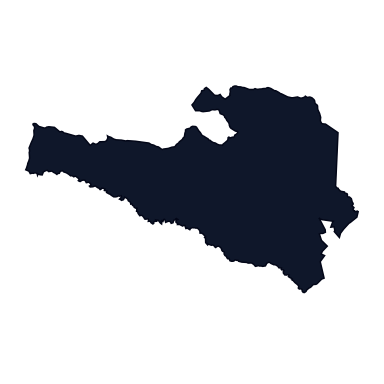 the district of Cassilândia, Mato Grosso do Sul, Brazil, rotated 178°
{"feature_id": "56859067B2617733556804", "entity_name": "Cassilândia", "entity_type": "district", "adm_level": 2, "iso_a3": "BRA", "parent_name": "Brazil", "parent_adm1": "Mato Grosso do Sul", "projection": "mercator", "projection_center": [-52.105, -19.06], "detail": "fine", "context": "isolated", "style": "filled", "palette": "ink", "viewbox_px": 384, "rotation_deg": 178, "n_neighbors": 0, "source": "geoboundaries", "source_scale": "gbopen_adm2", "svg_char_len": 6041}
<svg xmlns="http://www.w3.org/2000/svg" viewBox="0 0 384 384"><g transform="rotate(178 192 192)"><path d="M84.4,87.8L83.1,87.6L81.5,88.7L80.9,89.9L78.6,91.8L77.1,92.5L75.9,93.4L74.9,94.6L73.8,95.3L71.4,95.4L70.2,96.0L65.5,100.4L63.0,101.3L66.3,117.9L61.7,123.8L65.1,125.5L63.8,128.2L58.7,133.2L64.3,139.1L66.2,145.7L64.8,146.1L62.8,146.0L60.1,147.1L60.2,149.6L66.1,161.8L64.2,160.3L62.9,159.8L51.8,157.8L52.5,157.0L54.5,152.0L51.3,152.3L50.6,148.7L51.2,147.5L46.3,141.4L45.0,145.6L41.6,149.8L36.2,155.3L34.9,156.0L28.1,161.1L26.6,166.6L27.6,167.2L28.8,166.7L30.0,166.7L30.2,167.7L31.1,167.6L31.7,168.9L30.7,170.8L32.6,172.6L31.3,174.4L31.6,175.4L32.2,176.3L33.0,179.8L34.8,181.5L36.2,181.6L36.9,182.4L36.7,183.7L37.1,184.9L39.4,185.7L39.6,186.7L43.5,187.6L45.5,189.7L45.8,190.6L46.7,190.8L48.3,192.6L44.0,246.2L56.2,255.2L59.2,255.6L60.2,256.2L61.1,258.3L61.2,259.4L60.8,262.1L61.8,266.2L63.3,269.7L63.5,271.1L63.5,273.6L63.9,274.5L65.9,276.2L66.3,279.0L66.9,280.1L68.9,282.0L70.9,282.8L73.6,282.5L75.4,283.8L76.0,283.0L78.3,282.2L79.5,282.0L80.8,282.2L83.2,283.3L87.7,282.7L89.1,282.7L93.1,283.7L99.2,287.0L100.1,287.2L101.9,288.6L104.8,290.3L105.9,290.3L109.6,292.7L111.9,293.6L113.3,293.6L114.6,292.9L117.4,292.9L118.4,292.6L121.2,292.5L122.4,292.3L123.6,292.4L125.4,293.1L127.0,292.3L130.0,292.4L131.3,292.5L136.0,294.5L138.3,294.8L139.5,295.3L142.5,295.6L144.2,296.4L145.7,296.4L147.4,295.9L148.2,294.6L149.6,294.5L150.4,293.1L150.2,290.8L150.8,288.3L150.5,287.3L155.6,283.6L158.9,286.0L160.5,288.5L162.6,287.6L166.0,287.8L171.9,294.2L174.1,296.0L176.0,294.8L176.3,293.3L178.8,292.8L179.5,290.4L183.2,286.4L185.0,284.2L186.7,281.5L189.0,279.0L185.6,273.1L181.5,273.0L179.6,272.2L178.1,271.9L171.8,272.4L169.2,273.6L166.2,273.3L164.5,273.6L163.0,273.6L162.0,272.7L161.1,269.4L158.0,268.0L157.0,267.0L156.7,265.6L155.6,264.4L154.7,262.4L153.2,260.4L152.5,259.0L152.3,257.1L151.7,255.4L150.9,254.4L147.0,251.7L145.7,251.1L144.2,250.8L144.3,249.5L145.9,248.0L146.9,247.7L148.4,245.1L149.6,245.4L152.2,244.7L153.2,245.6L154.0,245.1L154.3,243.0L154.8,242.2L157.6,239.9L159.3,238.7L159.9,237.6L161.3,238.0L162.6,237.9L164.8,238.7L166.9,240.1L169.1,240.7L171.0,241.9L171.9,242.9L173.3,243.4L174.3,244.8L175.2,245.2L178.2,247.3L179.5,247.9L180.3,248.7L181.6,251.1L183.1,252.9L185.3,256.7L186.3,257.3L187.8,257.5L189.3,257.6L190.7,257.0L191.5,255.9L195.2,255.1L196.3,254.3L196.4,252.7L197.0,251.1L197.7,247.4L198.9,246.4L199.9,244.8L203.0,242.5L203.6,241.5L205.8,240.1L207.6,237.8L210.5,237.5L214.2,236.4L219.1,235.9L219.9,235.5L220.9,235.8L223.9,238.2L226.3,238.8L228.6,240.2L231.2,240.9L233.3,242.4L246.6,244.7L255.0,245.6L256.4,245.3L260.7,246.3L266.0,246.8L268.5,247.7L271.3,249.6L273.3,250.2L274.5,251.0L274.2,249.0L274.8,247.7L275.6,246.3L277.2,245.4L282.5,245.4L284.1,243.9L286.1,243.0L287.0,243.2L289.2,244.3L292.1,242.1L299.6,251.7L303.0,252.5L306.3,251.9L316.5,255.2L317.4,255.2L319.2,256.7L320.2,257.1L322.0,256.7L327.2,261.4L332.8,262.2L335.0,261.9L336.4,261.0L337.8,261.2L342.8,262.9L345.6,265.7L347.5,266.0L348.6,265.4L348.3,264.3L347.3,263.2L347.0,261.4L347.9,258.9L347.8,254.8L348.0,253.6L349.2,250.4L351.0,246.8L353.3,241.6L352.9,239.9L352.9,238.5L353.3,237.2L353.1,231.5L354.0,228.7L355.1,226.4L355.4,224.9L356.6,221.6L357.4,220.0L354.2,218.5L353.0,216.0L351.0,216.4L349.7,216.2L348.2,216.7L346.2,216.0L345.8,214.1L345.2,215.4L343.4,214.6L341.1,214.3L339.8,217.3L337.2,218.5L335.9,218.7L334.5,217.4L331.3,217.8L329.7,216.5L327.9,215.5L326.4,214.3L325.7,215.1L324.0,215.3L322.9,217.3L320.6,217.8L319.6,216.6L316.9,215.6L314.4,213.9L312.8,212.4L311.2,212.5L309.6,211.3L308.3,211.9L307.4,211.6L305.1,209.6L304.2,208.3L305.2,207.3L304.2,206.6L303.2,206.4L301.8,207.4L300.2,207.7L298.6,207.5L297.3,205.0L294.7,205.4L293.2,203.9L292.6,202.4L294.3,201.5L293.6,200.6L290.8,200.7L288.5,201.5L286.1,199.6L284.9,199.1L283.7,197.6L282.8,198.0L282.1,199.0L280.4,198.7L278.9,198.0L279.5,196.6L276.8,195.8L277.4,194.5L275.1,193.1L273.7,192.5L273.0,191.7L270.4,189.9L268.3,189.8L266.4,190.2L265.5,190.8L264.3,190.3L262.9,190.8L262.5,189.5L264.7,187.4L263.6,186.9L262.8,186.1L260.8,186.7L259.5,189.2L257.4,188.0L256.4,187.0L256.0,185.5L253.9,183.9L253.6,182.0L252.5,182.2L251.8,180.6L250.7,180.2L250.3,178.7L248.8,177.8L247.6,177.7L248.1,174.6L247.0,174.2L246.6,172.4L245.0,170.1L243.9,170.5L242.5,170.2L240.9,168.1L240.3,166.7L239.1,166.4L236.9,166.9L236.4,165.4L236.7,164.2L235.7,164.3L234.5,164.0L234.1,162.8L232.2,161.4L231.3,162.1L231.5,163.0L230.5,163.9L228.4,164.0L229.1,165.4L226.7,164.9L224.6,162.0L223.5,161.1L223.2,163.1L223.9,163.9L223.0,164.6L222.0,163.7L221.3,165.5L220.4,165.7L219.9,164.7L219.4,162.6L216.7,163.6L214.8,163.3L213.9,161.4L212.1,161.9L211.0,164.5L209.5,164.9L209.3,165.8L208.4,166.1L207.1,165.1L208.4,164.6L209.1,163.3L209.0,162.2L207.5,161.0L207.7,160.0L205.6,160.0L202.6,158.3L201.4,158.9L200.3,158.8L199.4,155.7L197.9,156.0L195.5,154.4L194.7,155.7L192.8,156.4L191.3,156.1L190.3,156.2L189.3,155.7L188.1,155.9L186.3,154.2L185.5,152.6L185.4,150.6L183.9,150.6L182.3,149.5L180.1,146.8L181.0,146.1L180.1,145.2L180.1,140.9L178.4,138.8L178.1,139.7L177.4,139.0L176.3,138.9L174.6,138.1L173.6,138.3L172.7,138.1L171.8,137.7L171.4,136.6L170.2,135.7L169.3,136.6L167.2,137.0L165.7,135.8L164.5,134.4L164.4,133.1L163.6,131.8L161.8,130.8L162.1,129.0L161.3,127.4L160.0,126.5L159.2,124.7L158.5,124.0L157.4,124.3L156.4,121.9L154.8,121.4L153.2,121.4L152.0,121.9L151.2,122.7L150.0,122.2L148.4,122.1L147.9,121.2L144.7,120.2L139.8,119.7L138.4,119.0L134.9,119.0L132.6,117.3L131.8,116.1L131.1,115.5L128.2,116.1L126.8,115.6L125.7,115.7L123.9,115.2L121.2,115.6L119.8,118.1L118.2,119.0L116.5,118.8L115.8,118.0L114.9,117.5L112.6,116.4L111.5,116.5L110.1,115.7L108.8,114.8L107.8,113.2L105.2,113.0L105.6,111.8L105.0,111.0L103.4,111.1L102.7,110.1L103.5,109.4L103.5,107.8L102.2,105.9L100.5,105.7L98.7,106.1L97.8,105.7L98.6,104.1L97.3,103.1L96.1,102.7L95.8,101.7L94.8,101.6L95.0,100.5L94.0,100.0L92.3,97.9L90.2,96.1L88.6,94.4L89.1,92.2L88.2,91.3L86.5,91.4L85.3,90.7L85.4,89.3L84.4,87.8Z" fill="#0f172a" stroke="#020617" stroke-width="1.5"/></g></svg>